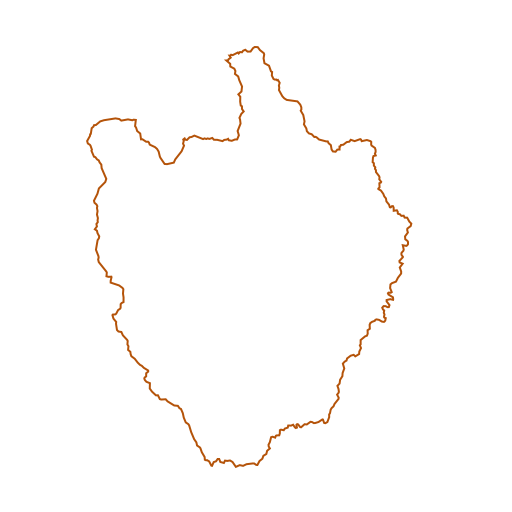 Gonzanama, Loja, Ecuador, rotated 173°
{"feature_id": "8360857B83721057206969", "entity_name": "Gonzanama", "entity_type": "district", "adm_level": 2, "iso_a3": "ECU", "parent_name": "Ecuador", "parent_adm1": "Loja", "projection": "robinson", "projection_center": [-79.462, -4.166], "detail": "fine", "context": "isolated", "style": "outline", "palette": "amber", "viewbox_px": 512, "rotation_deg": 173, "n_neighbors": 0, "source": "geoboundaries", "source_scale": "gbopen_adm2", "svg_char_len": 6077}
<svg xmlns="http://www.w3.org/2000/svg" viewBox="0 0 512 512"><g transform="rotate(173 256 256)"><path d="M261.6,453.7L258.2,449.9L258.4,447.2L254.7,444.6L253.9,442.1L254.7,439.3L251.8,436.4L251.2,432.6L249.2,425.9L250.4,421.0L253.8,418.6L252.2,416.0L252.9,411.1L252.8,407.2L251.7,406.3L252.0,403.6L250.6,401.0L253.3,398.8L255.6,395.1L255.2,393.6L255.2,389.3L259.0,382.3L258.3,377.9L260.5,374.0L262.7,374.2L266.0,373.3L268.9,374.2L269.4,375.7L271.0,375.1L273.4,375.1L275.2,374.1L280.5,376.1L283.6,376.5L285.0,378.5L288.0,377.9L289.7,378.6L291.1,378.2L292.8,379.0L294.3,378.5L302.5,383.0L305.4,382.0L307.5,381.9L310.4,379.6L312.0,380.1L312.5,381.4L314.0,380.5L313.7,379.0L314.7,376.4L314.0,374.3L317.1,369.0L324.4,361.7L326.2,358.7L333.1,358.0L335.5,358.5L338.8,364.9L339.3,366.3L339.9,371.5L341.2,374.4L343.0,376.4L347.9,379.5L348.4,381.6L349.2,382.6L351.1,382.8L354.5,385.7L355.9,385.8L356.0,391.7L358.7,394.5L359.4,398.1L360.2,399.6L358.7,405.7L360.9,406.2L362.2,405.8L366.4,407.2L373.2,406.8L375.0,408.6L378.7,409.7L390.3,409.3L394.2,408.6L399.0,405.5L400.8,405.6L401.5,404.3L403.5,402.9L405.1,397.3L405.8,397.0L406.1,395.5L409.6,390.7L409.2,388.2L407.3,386.6L406.8,385.6L405.9,381.5L406.5,380.5L404.7,374.3L403.4,373.7L402.0,371.3L400.4,370.0L399.8,367.9L398.4,365.6L398.5,362.0L395.2,350.8L396.6,347.8L403.7,342.2L405.8,337.1L410.1,330.6L409.8,328.5L408.0,326.5L407.4,324.8L408.0,323.1L407.8,319.8L408.8,316.5L408.3,312.9L408.9,310.7L408.9,308.9L410.5,307.2L410.3,304.7L412.7,302.2L410.8,300.5L410.5,297.9L409.2,294.6L409.8,292.7L411.3,291.0L414.1,281.7L412.4,275.0L412.4,273.5L413.1,271.8L412.8,269.1L406.4,258.7L406.1,257.7L406.9,254.1L405.0,253.3L402.1,253.1L402.0,252.6L403.3,249.0L403.5,247.3L395.5,243.5L392.4,240.6L391.7,239.2L392.6,234.9L392.5,231.1L393.1,226.4L395.1,225.7L396.2,224.7L396.7,221.1L397.2,220.3L399.5,219.1L401.7,215.9L402.6,215.2L405.3,215.3L405.7,214.8L405.1,211.2L402.8,207.6L403.2,205.8L403.0,199.5L401.7,197.8L398.9,197.0L397.8,193.5L394.1,188.4L393.7,187.3L394.4,183.9L393.6,182.0L394.4,178.4L392.4,176.2L392.4,173.9L391.9,171.7L388.9,168.8L386.4,164.6L384.4,162.1L382.7,160.9L381.0,158.7L377.0,155.5L377.1,154.4L379.3,153.0L379.7,149.9L381.4,148.9L381.8,147.9L381.4,146.4L380.1,144.5L376.8,142.7L377.6,137.4L375.8,134.1L372.3,129.9L370.3,129.7L368.9,125.7L367.6,125.1L363.1,124.8L361.5,122.5L355.4,117.6L351.8,116.8L350.5,114.2L349.1,113.3L347.8,108.9L347.4,104.4L346.0,99.4L343.6,97.3L343.0,96.0L341.8,89.1L339.7,81.7L337.9,78.3L337.6,75.1L335.1,72.9L334.6,72.0L333.7,67.8L331.5,62.8L331.6,60.0L330.4,59.3L329.4,59.3L327.5,57.8L325.9,53.4L325.2,53.1L323.1,56.6L320.7,57.1L318.8,59.2L317.3,59.0L316.5,55.9L313.1,54.5L311.7,56.7L309.5,56.1L306.7,56.2L304.4,54.4L301.7,49.2L297.6,50.4L294.4,49.3L290.8,50.5L284.4,50.5L283.1,50.3L281.2,48.6L280.1,48.4L277.5,52.1L274.4,54.0L273.0,56.8L269.9,58.2L268.7,61.3L265.7,63.3L266.6,65.4L266.6,67.1L264.9,69.6L263.1,74.3L261.6,74.6L259.1,73.4L258.2,75.1L257.6,75.4L254.8,75.2L254.0,76.9L253.5,80.2L252.4,80.6L249.7,79.7L248.4,81.2L245.4,81.8L244.7,83.8L241.8,83.4L239.7,84.0L238.3,81.2L237.5,80.4L236.3,80.7L236.5,83.4L235.6,84.1L234.7,83.7L233.0,80.8L232.1,80.5L228.3,83.1L226.1,82.6L222.1,84.8L220.5,84.3L219.0,83.1L217.7,83.0L214.2,83.6L210.0,85.7L209.5,85.5L208.7,82.0L207.6,81.6L205.4,82.5L203.0,87.1L202.7,89.8L201.7,91.0L200.6,94.4L199.4,95.9L197.4,97.3L196.1,99.6L191.5,104.1L191.2,105.3L192.4,108.5L190.6,110.3L190.3,111.2L190.3,113.9L191.0,117.2L188.6,119.2L187.6,122.9L184.9,126.2L184.3,129.3L182.1,133.6L182.9,138.6L180.8,140.4L178.9,141.2L178.1,143.2L174.2,145.5L171.1,146.0L169.7,144.3L165.6,146.1L165.1,148.6L163.0,151.8L163.8,154.7L162.9,155.6L162.4,159.8L157.6,162.9L155.6,163.4L154.6,165.3L154.3,168.7L151.9,169.9L151.6,173.9L150.7,175.5L148.9,176.5L146.0,177.2L145.3,178.1L144.1,178.4L141.6,177.6L139.1,175.6L137.5,175.1L136.7,175.1L135.6,176.1L134.8,178.5L135.9,179.0L136.4,179.9L135.6,182.4L136.1,184.0L135.4,186.3L136.5,187.5L137.0,189.3L135.5,190.7L133.4,190.4L131.7,189.2L130.4,189.1L129.5,191.0L131.9,195.1L131.7,196.4L128.0,196.8L125.3,195.8L125.1,196.3L125.1,198.3L129.2,201.6L129.6,202.9L128.9,203.5L126.7,203.1L125.7,203.6L126.8,207.8L126.0,211.4L124.3,212.5L120.2,213.5L117.8,217.1L114.1,220.9L113.8,222.9L114.7,227.1L111.4,230.5L114.2,232.1L114.3,233.6L110.4,236.9L110.3,237.4L111.3,239.0L111.5,240.3L111.1,241.5L109.1,243.2L108.6,244.4L109.0,248.8L105.6,247.7L104.6,248.2L103.7,249.2L103.4,251.4L103.9,252.6L105.8,254.4L105.7,257.3L102.4,260.8L102.8,263.4L102.4,264.8L98.8,266.9L97.9,269.2L99.6,271.4L101.3,275.6L103.8,276.0L104.5,278.0L106.8,278.1L108.2,280.0L109.7,280.4L110.1,281.0L109.9,282.5L110.6,284.2L113.8,284.1L113.5,287.3L114.0,288.8L115.0,288.9L116.4,287.8L117.2,288.1L117.7,290.8L119.9,294.3L120.0,297.3L121.4,299.5L122.1,302.2L124.0,305.7L126.4,307.5L126.4,308.0L125.0,309.1L124.7,313.2L123.1,313.7L122.7,314.3L124.3,317.1L123.8,319.1L124.1,320.3L126.7,324.7L126.5,326.6L127.3,328.0L126.8,329.5L128.0,331.3L127.7,333.7L128.8,334.9L127.9,339.5L127.2,340.9L124.9,341.2L125.5,343.1L124.6,344.7L124.4,346.7L124.8,348.8L127.9,351.6L128.1,352.8L127.7,355.2L128.3,356.0L131.8,357.6L137.1,357.1L137.6,358.8L138.3,359.3L144.1,358.0L147.8,359.8L149.4,358.1L152.1,358.0L155.8,355.8L158.2,355.8L159.1,354.4L159.8,354.4L160.1,351.5L162.3,351.7L164.3,349.8L166.9,350.4L168.0,352.5L168.2,356.9L170.2,359.1L170.8,361.0L172.4,361.2L179.2,363.9L181.3,366.3L182.3,367.0L183.6,367.0L185.9,370.1L188.5,371.2L190.3,373.7L190.5,376.5L192.4,380.8L191.4,383.7L191.9,390.2L193.9,394.8L193.1,395.9L192.9,398.1L193.6,400.8L196.0,404.4L206.5,407.2L208.8,409.1L210.4,411.4L213.0,417.9L212.4,420.1L212.5,422.4L211.4,425.0L212.8,428.1L213.6,427.8L214.4,428.7L215.6,428.7L217.0,429.5L218.3,433.2L217.6,436.7L218.6,437.4L219.9,443.3L224.1,446.3L224.4,451.3L223.3,455.0L223.5,456.3L227.0,459.9L228.8,463.1L231.8,463.6L233.6,462.7L236.5,459.6L239.5,459.9L241.5,462.0L243.8,461.3L245.1,459.9L247.0,460.4L248.5,459.1L249.2,460.2L254.7,458.2L256.2,458.8L257.2,458.0L257.9,458.1L256.9,456.0L257.1,455.8L259.2,454.7L259.9,453.6L261.6,453.7Z" fill="none" stroke="#b45309" stroke-width="2"/></g></svg>